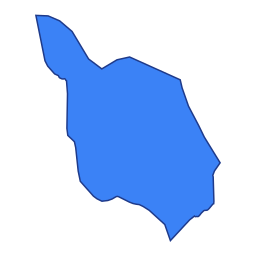 the border of Saint Andrew
{"feature_id": "DMA-1432", "entity_name": "Saint Andrew", "entity_type": "Parish", "adm_level": 1, "iso_a3": "DMA", "parent_name": "Dominica", "parent_adm1": "", "projection": "natural_earth1", "projection_center": [-61.355, 15.539], "detail": "fine", "context": "isolated", "style": "filled", "palette": "blue", "viewbox_px": 256, "rotation_deg": 0, "n_neighbors": 0, "source": "natural_earth", "source_scale": "10m", "svg_char_len": 1087}
<svg xmlns="http://www.w3.org/2000/svg" viewBox="0 0 256 256"><path d="M35.9,15.4L48.1,15.9L59.7,20.9L72.1,31.5L88.6,59.0L101.8,68.9L117.0,59.8L129.6,57.0L180.2,79.8L182.1,87.9L188.5,106.2L198.7,125.6L204.3,137.1L220.1,162.8L214.5,170.9L212.8,175.3L213.2,177.0L213.9,201.3L213.7,203.7L213.3,203.8L212.6,204.4L209.0,208.7L207.9,209.7L207.3,210.1L206.8,210.2L206.3,210.3L204.6,210.4L204.3,210.5L203.9,210.6L201.3,213.1L199.6,215.3L198.7,216.2L198.0,216.6L197.6,216.6L197.0,216.5L196.6,216.5L195.8,216.6L195.5,216.7L195.2,216.6L194.7,216.4L194.4,216.1L189.7,219.8L170.4,240.6L164.8,224.5L149.2,210.3L143.2,206.5L139.3,204.6L136.2,204.2L133.0,203.5L129.2,202.0L118.6,196.7L117.4,196.4L116.2,196.6L112.1,199.0L107.9,200.5L101.9,201.2L97.0,198.8L93.4,196.1L80.3,181.3L78.2,171.1L75.7,147.6L74.4,141.7L67.8,135.4L66.9,128.4L67.5,93.7L66.5,80.7L66.0,80.5L65.3,79.2L65.0,79.0L64.6,78.8L64.3,78.7L64.0,78.8L63.6,78.9L63.2,79.0L62.2,78.9L61.7,78.8L59.8,77.9L59.4,77.6L59.1,77.2L58.6,76.1L58.3,75.6L54.6,73.9L47.7,66.1L45.0,60.8L35.9,15.4Z" fill="#3b82f6" stroke="#1e3a8a" stroke-width="1.5"/></svg>